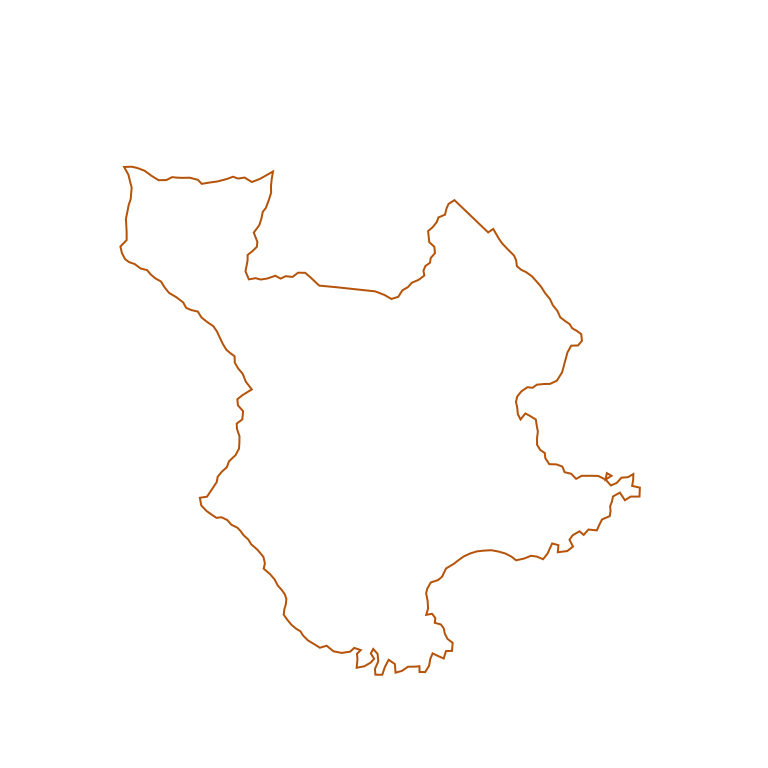 Campo Erê, Santa Catarina, Brazil (orthographic projection), rotated 252°
{"feature_id": "56859067B34137099014381", "entity_name": "Campo Erê", "entity_type": "district", "adm_level": 2, "iso_a3": "BRA", "parent_name": "Brazil", "parent_adm1": "Santa Catarina", "projection": "orthographic", "projection_center": [-53.133, -26.462], "detail": "fine", "context": "isolated", "style": "outline", "palette": "amber", "viewbox_px": 768, "rotation_deg": 252, "n_neighbors": 0, "source": "geoboundaries", "source_scale": "gbopen_adm2", "svg_char_len": 4197}
<svg xmlns="http://www.w3.org/2000/svg" viewBox="0 0 768 768"><g transform="rotate(252 384 384)"><path d="M308.5,183.3L307.4,188.4L303.0,192.9L297.4,195.3L292.6,200.2L288.3,202.2L283.4,203.8L278.2,206.8L272.5,208.2L265.4,212.5L256.8,215.9L250.2,215.3L245.6,212.5L238.5,216.8L231.9,219.6L225.1,220.7L219.5,223.2L214.5,224.7L209.7,224.7L205.1,222.7L200.5,219.6L195.6,217.3L189.1,219.4L183.5,221.6L178.6,224.7L174.6,228.1L169.8,229.3L163.7,232.4L157.5,237.8L153.0,241.5L152.8,248.6L145.4,253.3L141.3,260.7L139.9,269.2L142.2,274.1L138.1,279.7L135.8,274.9L130.7,273.8L122.6,270.3L121.6,278.1L123.2,285.4L125.7,289.7L131.8,288.2L135.3,291.9L129.2,294.5L121.9,292.8L115.8,287.3L110.2,286.0L108.0,292.5L114.5,297.3L120.3,303.2L114.3,307.8L105.9,305.8L105.6,312.4L107.7,319.5L105.9,325.1L104.6,330.5L99.1,328.8L97.3,334.2L102.1,339.8L108.4,343.2L112.8,347.0L108.0,352.0L104.5,356.0L110.8,360.4L109.2,366.2L116.6,369.3L122.0,365.6L127.8,364.7L133.1,365.3L137.7,363.8L141.2,358.5L145.6,360.5L150.6,358.7L151.4,352.8L156.7,356.5L164.4,358.5L172.0,359.4L176.0,361.9L180.8,367.2L180.8,374.8L182.8,379.7L189.4,386.0L191.5,395.2L193.5,400.6L195.3,406.3L196.2,413.5L196.1,420.7L194.8,427.0L192.8,434.6L189.4,440.9L185.4,446.9L180.4,451.9L175.5,455.1L174.7,463.3L175.2,470.7L172.6,476.1L168.2,481.1L172.3,487.3L175.9,490.5L180.4,494.7L176.8,500.1L170.3,497.3L168.5,506.6L171.0,513.5L178.6,512.3L181.9,516.8L183.5,524.4L178.8,527.3L182.4,533.5L179.0,541.2L183.7,545.4L187.8,549.5L188.6,557.9L193.1,560.2L197.9,561.3L201.8,564.5L206.3,567.0L207.8,574.8L199.0,577.2L200.7,583.7L198.0,592.2L206.4,595.3L210.4,588.5L215.7,591.3L221.3,593.3L220.0,587.3L221.5,580.8L218.0,574.8L217.4,568.4L224.6,565.2L230.4,559.3L233.2,551.1L235.6,543.7L234.4,537.4L240.8,534.3L244.3,528.5L250.3,528.1L254.2,523.3L256.7,516.4L263.8,514.5L268.6,515.6L273.0,512.2L279.0,510.8L285.4,512.9L291.1,515.6L297.1,516.4L303.4,517.4L308.7,512.8L312.3,509.3L308.1,502.9L314.0,502.0L320.4,503.4L326.2,504.0L330.9,506.8L334.6,512.5L336.6,519.4L334.5,524.1L336.1,529.2L334.6,536.0L332.8,541.9L333.7,549.4L340.1,557.0L351.0,564.1L357.4,568.3L362.6,573.9L360.7,580.4L363.9,585.6L370.5,587.0L374.9,583.8L378.9,580.2L383.5,579.1L387.7,575.9L392.8,572.3L399.9,571.5L406.8,568.9L413.4,568.1L420.4,565.4L428.1,563.4L434.1,560.9L440.9,557.9L446.6,553.6L450.1,549.9L454.9,546.8L461.0,547.9L466.1,547.3L474.7,542.9L481.5,539.7L486.9,538.1L492.2,537.0L497.7,535.8L496.0,529.9L537.1,507.8L535.3,501.0L531.5,497.6L526.2,494.4L525.6,487.3L521.7,484.2L518.1,478.8L515.8,473.2L510.7,472.1L504.9,470.9L498.9,474.3L492.7,472.9L489.4,467.4L485.1,465.2L483.4,459.8L479.5,456.5L474.7,455.9L472.4,449.3L471.7,441.7L468.7,436.6L467.4,430.4L462.5,424.5L462.6,417.3L468.5,412.0L474.8,404.3L490.5,369.2L497.6,352.8L508.0,347.1L514.1,343.4L516.4,336.6L514.1,330.1L516.9,323.9L516.2,318.2L520.5,314.2L520.4,305.5L521.5,298.9L524.3,294.7L525.3,287.8L534.0,287.1L538.5,289.6L543.6,292.4L548.9,294.2L551.2,300.4L553.8,305.5L558.3,307.5L563.3,307.2L568.2,306.9L573.7,314.6L579.8,318.9L585.2,321.9L587.9,326.0L595.2,331.8L600.9,335.8L607.0,337.6L613.3,340.4L620.4,344.1L618.7,335.8L617.4,329.3L616.9,320.8L623.4,315.2L624.5,308.7L627.8,304.4L627.5,298.2L628.1,288.3L629.6,279.8L630.7,272.5L635.8,270.0L640.3,262.8L642.3,256.1L644.1,251.2L646.2,246.4L645.2,240.0L647.5,232.6L653.5,227.5L660.9,222.1L665.5,216.4L668.6,211.3L670.7,203.9L662.0,205.6L655.4,205.1L648.7,204.7L638.1,200.2L633.3,196.6L620.6,189.5L608.4,186.3L600.4,183.7L596.2,175.8L589.6,175.2L582.8,176.3L578.7,179.2L575.1,184.0L569.1,188.2L565.5,193.9L560.4,195.9L555.0,199.3L550.5,203.5L543.7,205.2L537.1,207.7L531.0,213.1L523.7,218.2L517.5,219.4L514.0,223.4L510.4,229.3L503.6,231.0L497.3,235.2L491.8,239.5L485.5,241.4L478.5,242.2L471.8,243.1L465.2,244.7L460.5,247.6L456.6,250.5L450.5,248.7L443.8,250.1L437.3,252.8L428.9,253.3L419.7,256.6L417.2,246.2L414.8,239.8L408.8,238.5L401.7,241.6L394.1,238.3L391.9,231.7L386.8,230.3L378.9,230.4L372.8,228.3L367.3,226.1L362.2,220.8L358.4,212.7L353.4,208.8L350.8,202.8L347.1,197.1L342.4,194.6L337.5,188.4L331.5,180.8L332.7,173.7L324.9,172.7L318.2,175.9L313.4,179.4L308.5,183.3ZM224.6,565.2L226.4,572.0L230.4,568.4L224.6,565.2Z" fill="none" stroke="#b45309" stroke-width="2"/></g></svg>